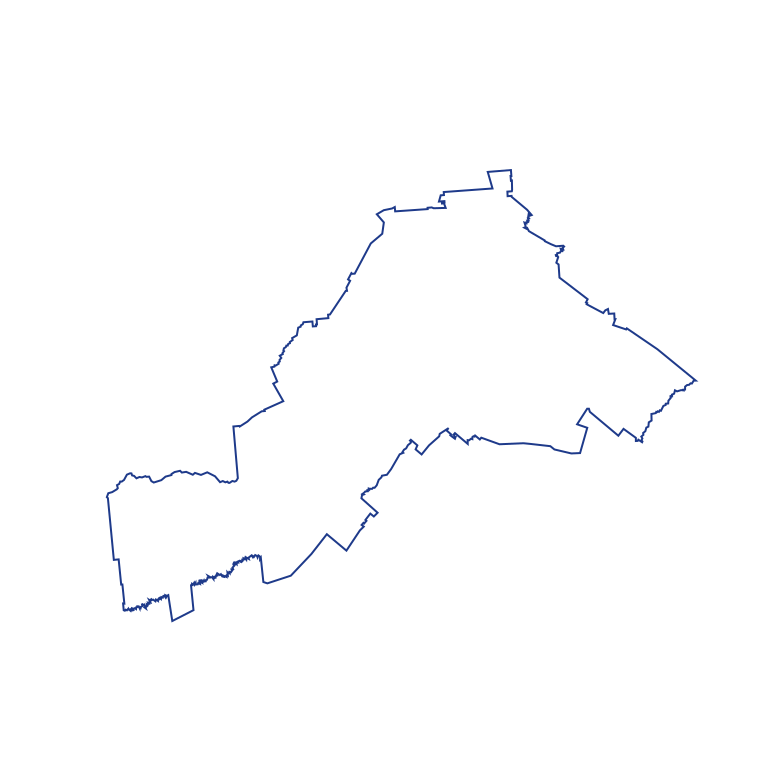 the district of Warren, New South Wales, Australia, rotated 257°
{"feature_id": "25037944B92926148840872", "entity_name": "Warren", "entity_type": "district", "adm_level": 2, "iso_a3": "AUS", "parent_name": "Australia", "parent_adm1": "New South Wales", "projection": "albers", "projection_center": [147.59, -31.296], "detail": "fine", "context": "isolated", "style": "outline", "palette": "blue", "viewbox_px": 768, "rotation_deg": 257, "n_neighbors": 0, "source": "geoboundaries", "source_scale": "gbopen_adm2", "svg_char_len": 6117}
<svg xmlns="http://www.w3.org/2000/svg" viewBox="0 0 768 768"><g transform="rotate(257 384 384)"><path d="M269.2,622.4L269.9,622.9L271.3,622.2L272.8,623.5L274.9,622.9L276.1,625.3L278.0,625.5L279.2,628.0L282.5,629.8L283.0,632.0L287.1,633.4L288.2,636.5L294.6,637.8L294.5,642.3L295.6,643.0L295.2,643.8L295.8,644.5L295.0,645.6L296.3,646.8L295.6,647.8L299.8,651.3L300.2,653.7L301.4,654.1L301.1,656.5L303.8,657.4L305.9,660.2L306.8,660.2L307.0,661.4L307.8,660.9L308.0,662.1L308.9,662.2L309.3,664.5L312.4,666.1L310.9,667.9L311.2,672.1L310.4,674.4L311.1,674.3L310.9,676.1L313.7,676.8L314.8,679.1L314.6,681.1L315.7,682.8L315.2,684.1L317.6,686.5L317.2,688.5L356.4,658.2L383.6,633.1L382.7,632.2L389.9,620.5L395.1,624.0L395.2,623.2L400.9,624.2L401.8,618.8L406.7,619.1L406.0,616.2L403.8,613.6L416.1,599.4L417.1,600.2L418.0,599.1L420.8,601.5L448.2,578.9L461.2,581.0L463.4,579.2L468.5,582.3L469.5,581.9L469.9,580.5L471.0,580.4L471.2,581.8L472.5,582.2L472.4,585.0L473.9,586.4L473.0,588.5L474.9,586.7L476.0,586.6L474.9,588.9L476.5,588.7L477.4,590.4L478.4,589.8L479.5,582.6L482.7,578.1L487.0,572.8L487.7,572.9L500.3,559.6L503.5,558.7L503.0,558.0L504.8,555.9L505.1,557.5L509.6,557.2L508.6,558.7L510.3,558.8L509.0,559.4L509.4,560.8L511.0,560.4L510.8,561.7L513.0,561.5L512.9,562.5L514.2,562.0L517.8,563.5L516.5,564.4L515.1,563.4L515.4,565.9L521.6,562.6L537.6,550.5L538.6,550.6L539.2,546.7L543.7,547.5L543.0,551.9L544.4,552.5L553.5,554.4L553.5,553.4L558.2,554.1L558.0,554.9L563.9,555.8L567.3,532.8L550.1,533.7L557.6,485.4L554.6,484.9L555.1,481.7L549.4,478.6L548.6,484.0L547.4,483.8L548.5,481.4L546.8,481.1L546.5,483.1L541.7,483.7L544.1,471.9L545.3,470.2L545.9,466.1L544.6,465.9L549.7,433.7L554.0,434.3L553.2,431.4L553.4,422.9L551.0,415.2L541.5,420.2L530.8,416.1L523.9,402.7L498.1,380.3L498.5,377.8L499.4,377.2L494.0,372.5L492.2,374.2L486.3,369.1L483.1,368.9L483.3,367.6L463.9,347.0L464.1,345.1L460.7,344.6L462.3,332.9L457.1,332.1L457.3,331.1L455.6,330.8L456.1,327.6L461.0,328.3L462.3,319.4L460.5,318.3L459.8,316.1L458.6,315.7L458.2,313.1L451.0,310.0L449.4,304.8L447.4,304.9L446.1,301.7L444.9,301.5L444.6,299.7L443.1,298.8L443.4,297.5L442.0,296.6L441.3,294.5L439.2,293.5L438.5,294.0L436.9,292.0L435.9,292.1L435.0,288.8L432.5,289.8L430.9,287.6L429.4,287.5L428.7,285.9L427.4,285.9L426.3,282.5L426.8,281.6L425.6,281.1L425.6,277.9L410.4,280.5L409.3,276.2L389.9,282.0L385.9,261.6L384.5,261.7L384.9,258.7L381.2,247.9L378.1,242.5L375.0,233.8L375.7,233.5L376.5,227.7L325.1,220.4L322.9,218.3L322.5,216.5L323.6,214.4L322.4,211.3L322.7,210.2L324.1,209.5L323.9,207.3L325.7,205.1L325.2,202.2L332.1,198.6L337.7,191.9L336.6,185.2L339.9,179.8L338.6,177.3L342.9,171.5L343.2,167.1L345.3,165.8L345.3,160.1L344.1,156.7L343.1,156.4L342.9,150.3L340.4,145.4L339.8,137.5L341.7,135.5L346.6,134.3L347.0,131.6L347.9,130.8L347.4,127.2L348.4,124.8L347.8,121.6L350.7,119.8L351.6,118.0L353.7,117.8L354.1,116.5L353.5,113.1L349.0,109.1L347.9,106.5L348.3,105.0L346.2,103.5L345.5,101.1L342.4,101.2L341.5,100.0L339.8,94.8L339.6,90.8L336.1,88.5L334.9,89.3L273.4,81.2L272.8,86.0L247.7,82.8L247.5,84.0L228.4,81.6L228.8,80.4L222.1,79.5L221.4,80.5L222.2,81.5L221.3,82.6L222.5,84.2L221.7,84.2L221.6,86.0L220.7,85.5L219.8,86.2L221.6,87.5L220.0,88.0L220.0,88.9L221.9,88.5L221.2,89.9L221.6,90.8L220.5,91.8L222.2,92.4L222.2,93.4L222.9,93.6L222.5,95.0L220.3,95.5L221.2,95.8L220.5,96.5L221.5,96.9L222.0,98.8L224.5,98.6L222.7,99.6L223.1,100.8L221.0,101.5L220.3,100.3L219.0,101.4L219.8,101.3L220.9,103.3L222.7,103.4L222.1,104.1L222.8,104.3L222.7,105.5L224.1,105.0L223.4,107.3L226.5,106.6L226.0,107.1L226.6,108.7L225.6,108.8L225.9,110.5L223.7,112.4L225.3,113.3L223.6,114.9L224.8,115.0L225.3,116.1L224.0,116.8L225.9,116.7L226.2,117.6L224.7,118.4L226.4,119.2L225.6,120.4L227.1,121.3L227.1,122.3L224.7,123.3L225.7,124.2L227.1,123.9L226.4,124.9L226.8,126.3L200.7,124.4L206.5,147.5L231.3,150.7L231.8,151.3L231.4,151.9L232.4,152.1L231.6,152.9L233.0,154.3L231.2,154.4L232.6,155.7L231.0,155.5L230.7,157.5L231.8,158.2L230.6,159.7L232.8,159.7L231.5,161.5L234.0,160.7L233.8,162.3L231.6,162.8L233.0,164.2L232.0,164.2L231.9,165.7L232.9,165.5L233.1,167.5L235.0,168.5L234.7,170.1L236.5,169.5L234.6,171.6L234.5,172.9L232.4,173.9L234.4,174.2L233.1,175.3L233.2,176.3L234.4,176.1L234.8,178.2L235.5,177.6L237.1,178.9L234.8,181.1L235.4,182.3L232.9,183.1L232.2,184.5L233.4,184.4L231.4,187.2L232.8,187.2L233.2,187.9L232.4,188.7L235.6,189.1L234.5,189.7L235.3,190.5L234.3,191.1L235.6,191.4L235.0,192.5L236.2,193.8L237.7,193.7L237.6,194.5L236.9,194.5L237.3,195.4L239.1,195.0L240.5,197.0L241.5,196.8L241.5,197.9L242.7,196.9L243.9,197.8L243.8,198.7L241.9,199.9L242.7,200.0L242.7,201.7L243.8,201.2L244.3,203.7L243.8,204.4L242.7,203.6L243.2,204.4L242.6,204.9L243.2,206.2L244.7,206.4L244.4,207.4L245.8,207.8L244.7,209.0L246.0,209.8L244.2,210.4L245.8,210.9L244.0,212.9L245.2,212.8L246.8,216.4L244.9,217.2L245.7,217.7L244.8,218.4L246.3,220.0L244.9,221.6L243.4,221.8L245.2,223.1L243.7,224.4L241.4,223.9L242.4,224.9L218.2,221.9L216.0,225.5L218.2,250.1L234.7,275.0L250.5,294.5L230.1,309.9L246.8,327.6L249.6,332.2L251.7,330.5L253.3,332.7L252.5,333.2L254.6,336.1L255.7,335.3L260.8,341.5L257.2,344.3L260.0,348.8L277.7,336.3L280.7,337.6L280.9,339.2L281.7,338.2L282.3,339.7L281.8,340.2L282.4,340.0L283.5,341.6L283.2,344.0L284.3,343.9L284.3,345.0L285.3,345.4L284.4,346.0L285.2,346.4L284.5,348.8L285.4,350.1L285.0,351.5L286.9,354.1L291.8,357.3L293.6,360.4L295.1,361.4L294.9,366.4L299.5,371.8L312.0,383.5L312.6,387.2L313.4,386.6L315.5,388.7L316.3,391.1L319.0,393.5L320.6,396.7L321.7,397.5L323.0,396.6L323.6,397.6L316.7,402.7L313.2,400.1L306.9,404.8L314.1,414.1L320.6,426.0L322.9,427.1L326.5,437.0L324.7,434.5L319.9,438.0L319.2,437.1L318.1,437.9L314.7,440.8L316.1,441.7L316.0,440.8L318.4,441.0L318.9,440.3L320.2,442.1L306.8,452.1L310.5,452.9L310.0,454.2L311.1,456.5L310.4,457.7L312.4,458.2L313.0,459.4L312.4,460.4L313.3,461.2L308.4,464.9L309.8,466.7L299.3,483.0L294.9,506.6L292.5,513.7L286.0,532.1L281.9,535.3L274.2,550.9L272.6,559.5L295.6,572.2L301.3,563.1L314.2,576.4L313.8,578.1L310.6,578.3L280.9,600.7L286.4,607.3L274.9,617.3L271.8,616.6L271.5,618.4L272.5,619.3L269.2,622.4Z" fill="none" stroke="#1e3a8a" stroke-width="2"/></g></svg>